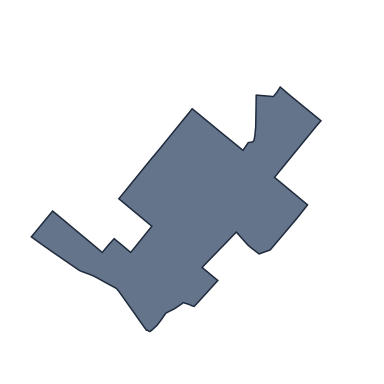 the district of Curcani, Calarasi, Romania, rotated 38°
{"feature_id": "2599482B18753621764646", "entity_name": "Curcani", "entity_type": "district", "adm_level": 2, "iso_a3": "ROU", "parent_name": "Romania", "parent_adm1": "Calarasi", "projection": "mercator", "projection_center": [26.714, 44.275], "detail": "fine", "context": "isolated", "style": "filled", "palette": "slate", "viewbox_px": 384, "rotation_deg": 38, "n_neighbors": 0, "source": "geoboundaries", "source_scale": "gbopen_adm2", "svg_char_len": 2881}
<svg xmlns="http://www.w3.org/2000/svg" viewBox="0 0 384 384"><g transform="rotate(38 192 192)"><path d="M93.0,326.3L105.4,325.8L121.3,325.0L127.1,324.6L132.8,324.3L148.9,323.3L151.1,323.2L152.2,323.0L154.4,322.4L162.2,319.9L164.7,319.2L166.6,318.7L171.1,317.9L179.7,316.6L190.8,314.7L192.2,314.6L193.0,314.8L195.1,315.2L201.2,317.0L221.2,323.0L230.4,325.8L241.2,329.0L241.5,328.6L242.2,328.3L243.0,328.3L243.3,328.3L244.2,328.2L244.3,328.1L244.5,327.9L244.9,327.5L245.0,327.1L245.2,326.2L245.5,325.0L246.0,321.9L246.3,320.0L246.5,318.7L246.6,317.7L246.5,316.4L246.5,314.3L246.4,310.1L246.2,307.9L246.1,305.4L246.0,304.4L246.0,303.8L246.1,303.3L246.3,302.8L247.1,301.1L249.9,295.2L250.8,292.7L251.1,291.7L252.2,288.4L252.6,287.0L252.9,286.1L253.1,285.2L253.1,284.9L253.2,284.7L253.3,284.6L253.5,284.4L254.7,284.0L256.8,283.2L258.6,282.6L259.2,282.3L259.6,282.2L261.0,281.9L262.0,281.7L262.7,281.4L264.1,280.9L264.5,277.2L264.5,276.5L264.6,275.8L264.7,275.1L264.7,274.3L264.8,273.6L264.8,273.3L264.8,272.9L264.9,272.2L264.9,271.5L265.0,270.8L265.0,270.1L265.1,269.4L265.1,268.7L265.2,268.0L265.2,267.2L265.3,266.5L265.3,265.8L265.4,265.1L265.5,264.4L265.5,263.7L265.6,263.0L265.6,262.3L265.7,261.6L265.7,260.9L265.8,260.2L265.8,259.4L265.9,258.7L265.9,258.0L266.0,257.3L266.0,256.6L266.1,255.9L266.1,255.2L266.2,254.5L266.2,253.8L266.3,253.1L266.3,252.4L266.4,251.6L266.4,250.9L266.5,250.2L266.6,249.5L266.6,248.8L266.7,248.0L266.7,247.3L266.8,246.6L266.8,245.8L266.1,245.8L265.3,245.8L264.6,245.8L263.8,245.8L263.1,245.7L262.4,245.7L261.6,245.7L260.9,245.7L260.2,245.7L259.4,245.6L258.7,245.6L258.0,245.6L257.3,245.6L256.6,245.6L255.8,245.5L255.1,245.5L254.4,245.5L253.7,245.5L253.0,245.4L252.2,245.4L251.5,245.4L250.8,245.4L250.1,245.4L249.4,245.3L248.6,245.3L247.9,245.3L247.2,245.3L246.5,245.3L246.7,242.2L247.5,234.8L247.6,233.5L248.5,225.7L248.9,221.5L250.3,208.7L250.9,202.6L251.6,196.3L268.7,199.4L273.7,199.6L283.0,199.5L288.3,191.1L289.3,189.5L290.0,171.2L290.6,156.4L290.9,148.1L291.0,136.4L291.0,133.5L291.0,131.0L261.9,130.1L248.0,129.7L249.1,78.4L249.4,64.3L249.7,57.9L249.8,56.5L249.5,56.5L248.0,56.4L228.9,56.0L208.0,55.5L204.6,55.3L199.9,55.1L196.9,55.0L197.0,55.8L197.2,58.1L197.5,61.2L197.4,66.4L197.1,66.9L194.7,68.4L183.1,76.0L183.0,76.3L184.2,77.8L189.0,84.1L190.9,86.6L201.9,101.2L205.8,107.2L207.2,109.6L209.1,113.2L209.1,114.0L209.0,114.7L208.7,115.6L207.5,116.8L206.3,118.0L206.0,118.4L205.9,118.8L206.0,120.0L206.5,127.8L192.7,127.5L176.5,127.2L150.7,126.5L140.9,126.3L140.9,126.7L140.9,127.8L140.9,129.6L140.7,138.7L140.3,159.5L140.2,165.9L140.0,174.9L140.0,176.6L139.7,185.2L139.5,190.1L138.7,233.8L138.5,242.4L181.4,243.7L181.0,274.0L181.0,274.4L181.0,274.5L180.8,276.8L180.8,277.4L170.1,277.0L159.4,276.7L158.8,284.6L158.5,294.9L142.8,294.3L115.5,293.5L111.1,293.3L93.9,292.8L93.0,326.3Z" fill="#64748b" stroke="#1e293b" stroke-width="1.5"/></g></svg>